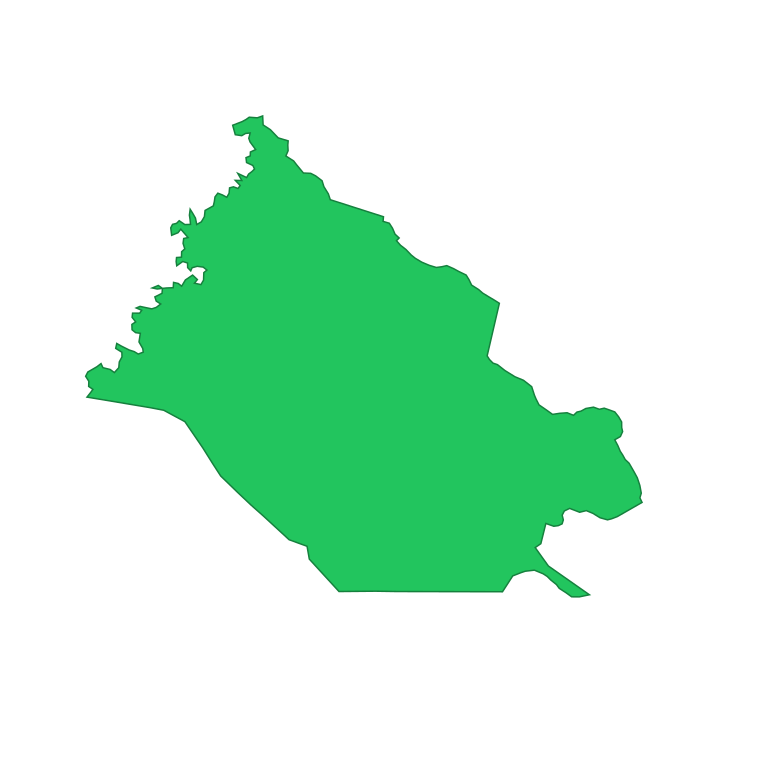 Mamborê, Paraná, Brazil, rotated 110°
{"feature_id": "56859067B66158143742669", "entity_name": "Mamborê", "entity_type": "district", "adm_level": 2, "iso_a3": "BRA", "parent_name": "Brazil", "parent_adm1": "Paraná", "projection": "equal_earth", "projection_center": [-52.631, -24.35], "detail": "fine", "context": "isolated", "style": "filled", "palette": "green", "viewbox_px": 768, "rotation_deg": 110, "n_neighbors": 0, "source": "geoboundaries", "source_scale": "gbopen_adm2", "svg_char_len": 3364}
<svg xmlns="http://www.w3.org/2000/svg" viewBox="0 0 768 768"><g transform="rotate(110 384 384)"><path d="M268.7,303.2L267.4,309.2L266.1,316.1L264.8,322.5L262.9,327.3L261.1,335.5L257.0,339.7L253.5,344.1L252.7,352.1L251.8,358.0L251.3,365.5L254.1,369.9L256.6,374.7L257.0,382.1L256.6,390.1L255.2,397.5L253.5,402.5L250.1,409.4L248.0,415.9L245.1,421.3L241.6,419.7L239.4,424.9L234.7,429.3L231.1,434.0L231.5,440.5L227.0,441.7L229.2,497.5L224.4,501.3L219.1,508.0L214.2,511.7L211.8,519.4L211.1,524.9L213.3,531.9L207.9,541.1L205.3,545.2L203.3,554.2L197.6,553.9L192.4,556.1L188.3,557.2L188.9,567.6L183.9,577.7L181.9,586.2L173.6,589.7L177.2,594.1L179.4,601.9L182.6,604.1L185.9,607.0L192.6,614.7L200.6,609.0L199.3,602.6L195.9,599.8L193.9,595.6L199.4,595.1L202.4,592.6L207.6,584.8L211.7,588.9L215.4,587.7L218.5,591.1L222.9,588.9L223.5,582.0L226.3,579.2L229.6,580.8L233.0,583.0L237.0,583.7L236.1,593.4L241.4,587.2L243.5,593.4L246.7,587.0L250.2,588.1L250.2,592.9L252.5,596.2L257.8,594.8L262.3,595.6L261.6,600.5L261.5,605.4L266.0,606.8L270.8,605.8L275.0,605.3L282.1,611.5L288.2,610.0L294.1,611.1L298.2,614.5L292.6,617.9L288.8,622.4L286.1,625.9L291.9,624.6L295.4,622.7L300.2,620.4L302.3,625.7L300.6,632.3L304.0,633.9L306.3,637.3L310.2,637.8L316.9,634.4L312.3,629.3L308.0,627.9L313.4,618.2L315.8,622.0L320.6,620.9L325.2,617.4L328.9,619.4L334.1,617.7L336.1,622.2L340.0,621.2L343.8,619.2L337.7,615.0L337.5,610.0L341.8,608.3L343.8,604.3L340.4,604.1L337.3,599.8L336.0,593.9L337.5,589.4L341.0,591.4L348.1,589.1L353.2,590.0L354.1,596.6L349.7,595.1L347.1,601.1L354.1,606.2L361.3,607.6L359.9,611.7L360.5,616.5L365.6,615.0L368.1,621.1L369.9,624.9L374.7,623.6L380.5,629.1L384.0,626.4L385.2,621.2L389.9,624.2L392.8,627.9L393.6,633.3L394.5,639.8L397.3,642.8L397.6,636.9L401.0,637.8L403.4,644.5L407.5,643.5L410.6,638.6L414.2,641.3L419.2,639.3L420.7,635.0L419.7,630.3L423.3,629.6L428.3,628.6L433.1,622.9L436.4,621.1L439.9,625.2L439.0,629.8L439.2,635.0L438.2,643.7L437.3,649.0L442.3,648.3L443.8,641.2L448.1,639.5L453.8,640.3L459.4,638.8L465.5,641.3L464.0,646.3L464.8,653.7L461.6,656.9L466.0,659.7L474.0,666.4L478.8,667.0L482.4,662.3L487.3,660.7L488.6,655.7L492.1,656.7L497.9,658.6L486.2,595.6L484.0,582.0L487.5,558.2L506.1,532.3L513.8,522.4L518.0,517.0L526.3,506.0L535.7,485.0L543.3,467.4L549.3,452.2L562.8,419.9L562.8,400.8L574.1,394.3L594.4,355.3L581.6,321.1L574.6,300.9L538.7,201.6L533.1,200.3L520.3,197.4L514.4,190.7L511.6,187.2L507.5,179.0L507.9,169.6L509.0,164.8L511.2,160.1L513.5,153.3L516.1,149.4L517.9,141.5L519.8,134.9L517.2,127.6L511.8,118.9L498.8,167.3L486.0,186.0L480.4,182.0L459.7,184.2L459.6,175.8L457.5,171.8L454.5,168.8L450.4,169.0L446.3,171.7L441.6,171.1L437.4,167.0L437.6,156.3L433.8,150.6L434.1,143.5L435.8,135.2L435.2,127.5L432.8,124.0L428.8,119.4L407.0,101.0L403.5,104.6L398.6,104.9L391.8,108.9L385.5,113.9L380.9,119.1L374.6,126.6L372.5,131.5L369.0,135.5L366.4,139.0L361.8,143.3L357.5,148.1L352.5,143.9L347.1,143.5L343.7,145.7L338.4,147.7L334.5,152.4L331.3,157.6L331.3,163.6L331.4,168.8L334.1,173.0L334.1,179.2L338.0,186.0L342.1,189.6L344.4,193.1L348.6,195.2L348.4,202.1L351.5,209.0L354.9,215.2L352.7,223.1L350.6,231.2L346.0,236.1L343.1,238.8L336.0,244.3L332.8,254.2L332.4,263.4L330.0,274.9L327.0,284.0L327.1,288.7L324.9,293.3L322.3,296.7L268.7,303.2ZM369.9,624.9L368.6,629.8L373.0,634.6L372.3,629.6L369.9,624.9Z" fill="#22c55e" stroke="#15803d" stroke-width="1.5"/></g></svg>